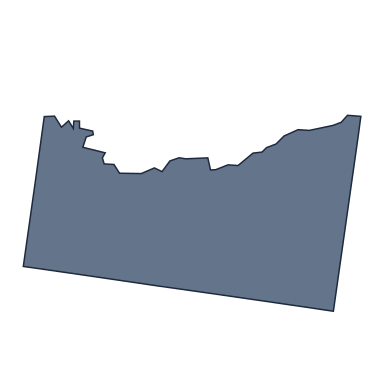 Juneau, Wisconsin, United States of America, rotated 278°
{"feature_id": "52423323B86052819188515", "entity_name": "Juneau", "entity_type": "district", "adm_level": 2, "iso_a3": "USA", "parent_name": "United States of America", "parent_adm1": "Wisconsin", "projection": "albers", "projection_center": [-89.981, 43.945], "detail": "fine", "context": "isolated", "style": "filled", "palette": "slate", "viewbox_px": 384, "rotation_deg": 278, "n_neighbors": 0, "source": "geoboundaries", "source_scale": "gbopen_adm2", "svg_char_len": 759}
<svg xmlns="http://www.w3.org/2000/svg" viewBox="0 0 384 384"><g transform="rotate(278 192 192)"><path d="M94.8,35.3L94.7,83.6L94.2,173.1L94.2,217.9L93.9,301.9L93.6,348.6L270.6,348.8L284.9,348.7L288.5,348.7L290.0,348.7L290.4,348.7L289.6,335.3L281.8,330.1L277.5,322.2L269.3,299.5L268.5,288.4L260.3,275.4L251.2,268.5L246.3,259.6L241.3,255.8L239.0,247.0L224.6,233.9L223.9,223.9L217.4,212.4L216.4,207.3L228.0,202.9L224.0,181.2L224.1,174.5L219.7,165.8L208.0,159.5L210.6,151.4L203.2,139.2L200.5,117.6L208.4,110.9L207.6,101.1L213.4,98.5L218.7,100.6L221.1,77.7L231.8,79.6L235.0,86.3L238.5,85.2L239.6,71.7L246.6,70.7L245.8,65.1L238.4,65.6L245.3,59.9L238.0,53.7L248.0,45.3L246.1,35.2L180.4,35.4L94.8,35.3Z" fill="#64748b" stroke="#1e293b" stroke-width="1.5"/></g></svg>